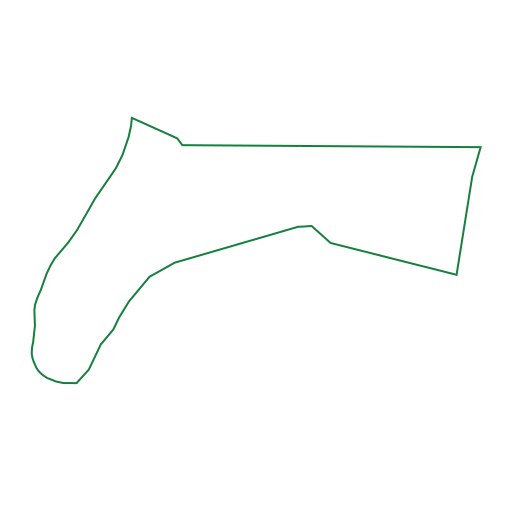 the border of Bani Suwayf, rotated 182°
{"feature_id": "EGY-1546", "entity_name": "Bani Suwayf", "entity_type": "Governorate", "adm_level": 1, "iso_a3": "EGY", "parent_name": "Egypt", "parent_adm1": "", "projection": "equal_earth", "projection_center": [30.952, 29.058], "detail": "fine", "context": "isolated", "style": "outline", "palette": "green", "viewbox_px": 512, "rotation_deg": 182, "n_neighbors": 0, "source": "natural_earth", "source_scale": "10m", "svg_char_len": 715}
<svg xmlns="http://www.w3.org/2000/svg" viewBox="0 0 512 512"><g transform="rotate(182 256 256)"><path d="M201.4,287.9L215.2,286.6L337.0,246.5L361.6,231.6L381.4,206.1L390.6,189.9L396.0,177.6L407.9,162.4L419.2,136.5L430.9,122.7L444.0,122.3L451.5,123.6L460.2,126.7L464.6,129.3L467.2,131.4L469.7,133.9L471.7,136.8L474.5,142.6L475.9,146.4L476.7,150.3L476.7,154.6L476.5,157.7L475.7,162.2L474.5,178.6L475.6,194.1L475.1,199.6L473.0,206.8L469.7,215.0L464.6,231.1L460.9,239.6L456.9,246.8L443.9,263.2L435.6,275.9L418.8,307.9L399.1,338.8L393.0,352.2L387.5,370.3L385.4,381.8L384.9,389.7L338.8,370.8L333.5,364.2L35.3,372.6L42.7,342.7L54.9,244.2L181.9,271.6L201.4,287.9Z" fill="none" stroke="#15803d" stroke-width="2"/></g></svg>